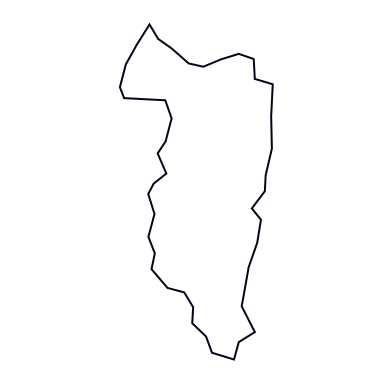 Lipljan, orthographic projection, rotated 273°
{"feature_id": "KOS-5903", "entity_name": "Lipljan", "entity_type": "District", "adm_level": 1, "iso_a3": "XKX", "parent_name": "Kosovo", "parent_adm1": "", "projection": "orthographic", "projection_center": [21.101, 42.527], "detail": "fine", "context": "isolated", "style": "outline", "palette": "ink", "viewbox_px": 384, "rotation_deg": 273, "n_neighbors": 0, "source": "natural_earth", "source_scale": "10m", "svg_char_len": 707}
<svg xmlns="http://www.w3.org/2000/svg" viewBox="0 0 384 384"><g transform="rotate(273 192 192)"><path d="M32.5,220.4L48.4,213.6L60.9,199.1L77.0,199.2L91.3,189.5L94.9,172.6L112.8,155.6L128.8,158.1L144.9,150.8L168.1,155.7L187.7,148.4L198.4,153.3L209.1,165.4L228.7,155.7L241.2,163.0L264.4,167.8L282.2,160.5L282.2,141.1L282.2,119.3L292.9,114.5L316.1,119.3L335.7,128.9L357.1,140.8L343.1,150.2L334.2,164.3L320.2,182.0L317.7,196.8L326.0,214.1L332.4,231.4L328.0,246.7L308.2,248.8L303.8,267.0L271.7,267.1L239.5,269.5L212.7,264.7L196.6,264.7L178.7,252.6L168.0,262.3L144.8,259.8L119.8,252.5L100.1,250.1L80.5,247.6L55.4,262.1L44.6,246.6L26.9,242.7L32.5,220.4Z" fill="none" stroke="#020617" stroke-width="2"/></g></svg>